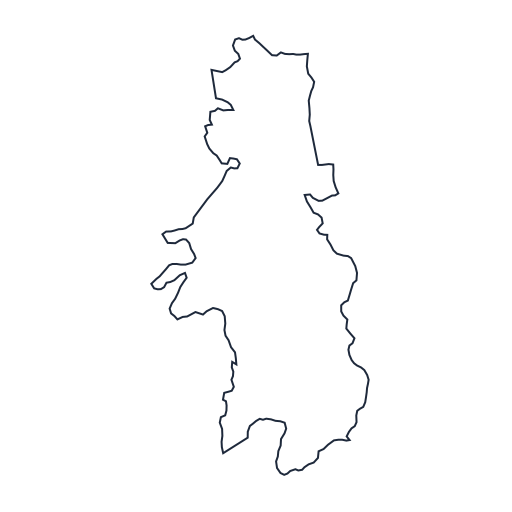 the district of Laranjal Paulista, São Paulo, Brazil, rotated 177°
{"feature_id": "56859067B98155787444179", "entity_name": "Laranjal Paulista", "entity_type": "district", "adm_level": 2, "iso_a3": "BRA", "parent_name": "Brazil", "parent_adm1": "São Paulo", "projection": "equal_earth", "projection_center": [-47.857, -23.018], "detail": "fine", "context": "isolated", "style": "outline", "palette": "slate", "viewbox_px": 512, "rotation_deg": 177, "n_neighbors": 0, "source": "geoboundaries", "source_scale": "gbopen_adm2", "svg_char_len": 3470}
<svg xmlns="http://www.w3.org/2000/svg" viewBox="0 0 512 512"><g transform="rotate(177 256 256)"><path d="M287.7,415.6L281.7,414.0L276.2,411.0L273.3,408.3L271.0,403.0L276.3,403.3L281.0,403.1L286.3,405.5L289.4,403.1L294.0,402.4L295.1,394.3L293.2,389.5L297.0,389.3L300.0,388.2L298.2,381.6L301.0,378.1L298.9,370.3L297.0,365.8L293.3,360.9L290.0,358.4L287.3,353.8L285.4,350.3L279.8,349.5L276.9,355.1L273.4,354.5L270.0,353.6L267.4,349.2L270.0,344.6L273.1,344.6L276.5,345.7L280.8,342.5L283.5,337.0L285.8,332.6L291.1,326.2L301.6,315.3L316.1,297.8L317.5,291.7L324.8,287.4L328.0,286.8L331.8,286.8L336.0,285.7L339.6,285.0L344.5,285.1L348.3,282.6L343.5,273.7L335.9,273.0L331.4,275.5L328.0,276.6L325.0,276.1L322.0,272.4L320.5,266.3L317.7,261.2L316.4,257.1L320.0,252.7L326.8,251.1L331.3,251.3L335.7,252.2L339.9,252.4L343.2,251.3L346.4,247.8L353.3,240.7L356.6,238.4L362.0,233.7L359.4,229.0L355.9,227.9L352.7,227.9L349.4,229.7L346.8,234.0L343.0,234.5L338.8,236.1L333.1,240.8L327.8,242.8L326.4,237.9L329.8,233.7L333.2,229.0L335.8,223.3L339.0,217.5L342.4,213.3L345.0,208.0L343.8,203.1L340.6,200.3L337.8,196.8L332.4,199.0L327.9,199.2L319.4,203.2L312.0,200.3L308.2,203.4L301.7,206.3L296.8,204.9L292.7,202.8L290.4,197.5L290.2,190.1L291.4,183.7L290.6,178.0L287.8,173.3L285.7,166.2L282.0,160.9L281.5,155.0L281.3,148.8L285.3,151.5L286.0,146.0L284.7,141.7L285.3,137.2L287.0,133.7L285.0,126.5L287.3,122.7L290.6,121.9L294.9,121.0L296.5,114.2L293.6,112.5L293.2,108.3L293.6,103.2L295.1,98.5L299.5,96.9L300.9,91.5L298.9,85.1L299.0,78.1L300.1,72.3L300.1,66.9L299.1,60.8L273.8,75.0L273.4,81.0L271.0,86.6L268.0,88.6L264.6,91.2L260.8,93.2L257.6,92.1L254.3,93.0L249.6,92.1L245.2,90.4L240.4,89.7L236.1,88.0L234.9,82.0L236.8,77.4L240.6,71.9L241.3,65.4L243.9,60.0L244.7,54.6L246.7,49.8L246.1,43.2L242.9,38.0L239.3,36.0L236.0,37.1L233.1,39.5L227.8,41.0L225.0,39.6L221.1,40.1L218.7,42.5L214.3,45.2L209.2,46.7L204.7,51.1L203.7,57.7L198.6,59.7L193.9,63.8L187.8,67.8L183.4,68.2L179.5,68.0L175.4,66.9L172.2,67.3L174.9,71.1L172.4,75.5L169.6,78.9L166.3,80.9L164.3,84.8L164.2,91.5L163.0,96.1L160.2,98.0L156.8,99.7L154.6,104.2L153.5,109.4L152.6,114.0L152.0,118.4L150.9,122.4L150.0,126.5L151.2,131.3L153.8,136.4L156.9,139.2L160.9,141.4L163.7,143.8L165.9,147.0L167.9,152.3L168.6,157.6L167.4,161.7L164.2,163.8L162.0,168.7L166.0,173.8L169.6,178.8L169.0,183.1L168.1,187.8L171.8,191.9L173.8,196.2L173.5,202.3L170.2,205.2L166.6,206.7L164.4,212.8L162.8,217.4L160.4,223.8L157.0,226.4L156.0,233.8L157.4,240.7L161.1,248.9L164.2,251.1L168.6,251.8L175.1,254.1L178.4,257.6L181.0,263.5L184.1,268.9L183.7,273.4L187.0,273.7L191.4,275.2L193.7,278.9L191.4,281.6L187.7,285.1L188.5,290.9L191.9,294.3L196.2,296.2L199.0,301.8L202.3,307.8L204.2,314.4L198.8,314.6L196.2,311.1L190.6,307.8L186.9,307.8L182.5,309.8L176.9,312.4L173.8,312.4L170.5,314.2L172.9,320.5L174.5,326.8L174.6,332.8L174.1,338.4L174.1,343.3L178.5,344.0L185.2,343.5L189.2,343.7L194.9,382.9L195.8,388.0L194.9,394.3L194.9,400.7L195.2,408.4L193.6,413.6L192.1,418.0L190.2,421.5L188.8,426.9L191.3,431.3L194.3,435.3L195.3,442.7L194.5,449.1L193.6,455.2L197.4,455.1L201.4,454.8L205.2,455.0L208.3,455.8L212.3,455.8L216.5,456.3L220.5,458.0L224.8,455.1L229.5,455.7L234.2,460.7L237.8,464.4L241.6,468.4L245.7,472.2L247.3,476.0L251.5,474.0L255.3,472.7L258.3,472.7L261.6,474.4L265.5,473.3L268.0,467.4L266.4,462.1L263.1,458.7L261.7,453.9L264.2,451.5L267.2,450.5L271.8,446.0L276.5,443.1L280.1,441.4L285.1,442.7L290.7,444.2L287.7,415.6Z" fill="none" stroke="#1e293b" stroke-width="2"/></g></svg>